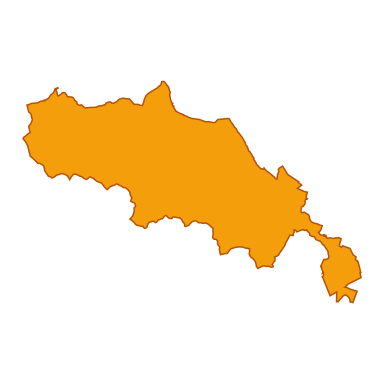 Garcina, Neamt, Romania (orthographic projection)
{"feature_id": "2599482B24774120004801", "entity_name": "Garcina", "entity_type": "district", "adm_level": 2, "iso_a3": "ROU", "parent_name": "Romania", "parent_adm1": "Neamt", "projection": "orthographic", "projection_center": [26.305, 47.002], "detail": "fine", "context": "isolated", "style": "filled", "palette": "amber", "viewbox_px": 384, "rotation_deg": 0, "n_neighbors": 0, "source": "geoboundaries", "source_scale": "gbopen_adm2", "svg_char_len": 5988}
<svg xmlns="http://www.w3.org/2000/svg" viewBox="0 0 384 384"><path d="M341.2,238.9L338.8,237.6L338.7,237.9L336.3,237.8L333.8,238.4L329.6,237.9L327.5,238.2L327.0,238.0L325.9,235.4L324.9,235.3L324.4,234.6L323.9,234.7L324.7,236.3L319.7,234.3L319.4,233.4L318.4,232.3L319.2,231.9L320.7,230.2L322.3,225.7L319.8,225.1L317.9,224.0L313.7,223.1L312.5,222.4L311.2,221.5L310.3,220.4L309.5,218.0L309.4,216.3L308.1,214.4L306.2,213.5L305.7,212.9L304.6,212.3L303.5,212.2L302.1,212.8L301.1,212.1L301.0,209.8L301.5,207.3L302.6,206.0L303.2,206.2L304.6,204.5L304.9,204.0L305.3,200.0L305.6,199.6L307.2,199.1L307.4,198.6L306.1,198.3L306.5,194.6L306.8,194.6L307.3,192.2L304.5,191.6L297.4,188.5L301.7,185.1L298.5,182.5L298.0,181.9L298.4,181.6L298.1,181.4L287.8,174.6L282.6,166.1L279.2,168.2L278.3,169.5L278.7,171.4L278.2,172.7L278.0,174.3L277.4,174.8L277.4,176.4L276.8,179.2L275.2,178.3L274.0,176.8L269.0,172.6L267.0,171.4L266.1,170.4L265.0,169.5L264.6,168.5L264.1,168.0L263.9,168.9L263.3,169.3L262.0,168.8L261.2,168.9L259.8,167.8L258.4,166.1L256.4,164.3L255.9,162.5L255.2,161.9L254.6,160.4L253.8,159.7L253.9,158.2L253.5,157.3L252.3,156.3L251.8,154.7L250.3,152.6L250.2,152.0L249.1,151.3L248.4,150.0L247.3,146.6L245.7,144.8L245.5,143.3L242.4,137.7L239.2,133.4L238.3,132.3L237.5,131.8L236.6,129.5L235.9,128.5L234.2,126.9L232.8,124.2L231.2,122.4L229.3,118.8L227.7,118.5L218.2,119.5L217.2,120.1L215.5,122.1L214.0,122.7L208.9,121.7L205.8,121.8L199.3,119.5L191.4,118.4L187.4,116.8L186.7,116.2L183.8,115.4L184.0,115.0L183.6,114.7L179.6,113.2L177.1,111.8L175.8,111.0L174.6,108.7L173.3,107.0L173.9,106.2L172.6,105.5L172.1,104.8L172.8,103.4L171.6,102.5L170.5,99.4L169.6,94.6L170.3,92.4L169.4,90.4L168.6,87.1L167.0,85.2L164.9,82.2L163.7,81.4L162.8,81.4L161.7,81.7L160.9,84.8L158.6,86.5L157.4,87.9L150.2,92.2L148.2,93.5L146.3,95.3L144.4,99.0L143.8,101.7L142.5,105.4L139.8,105.2L138.3,104.4L134.2,104.3L129.5,99.0L125.3,98.6L123.6,98.2L122.1,98.3L120.8,99.0L119.4,99.1L118.0,100.2L116.9,101.5L113.3,103.3L111.6,103.1L111.3,102.5L110.4,101.9L108.3,102.1L106.0,103.2L105.1,104.8L102.7,105.3L101.2,105.9L98.6,106.0L96.7,107.1L94.0,107.4L90.4,107.4L85.1,108.0L81.3,104.8L80.0,105.3L78.2,104.8L76.8,103.6L76.9,101.9L74.7,100.4L73.2,97.7L71.5,97.0L67.8,96.8L67.2,96.3L66.3,94.5L64.9,92.7L62.4,92.7L60.3,94.8L58.1,96.0L57.0,93.8L57.1,92.4L56.2,91.1L56.0,90.4L56.4,89.2L58.2,88.1L58.1,87.8L55.3,88.6L55.0,89.0L54.2,91.3L53.2,93.0L50.6,95.0L49.2,97.5L47.7,98.9L46.2,99.4L45.1,100.6L44.5,100.5L44.1,100.1L43.6,100.8L40.4,101.4L37.6,102.9L31.4,103.4L28.4,104.9L27.0,105.0L28.7,111.9L30.3,113.2L31.1,114.4L31.3,115.1L31.5,116.7L32.4,119.8L30.8,123.6L28.9,125.9L28.9,127.7L30.2,132.5L28.3,133.6L25.5,136.1L24.0,137.0L23.0,138.6L25.4,141.6L27.1,144.6L27.9,146.7L30.3,156.3L32.9,158.3L37.9,163.3L40.0,163.5L42.7,165.0L43.8,166.1L44.9,171.2L46.0,172.4L46.5,173.7L47.3,174.4L48.2,176.1L50.7,176.9L52.0,178.0L54.4,176.9L56.8,175.0L58.8,174.6L61.0,173.7L63.1,173.8L66.9,175.3L68.9,178.1L69.7,179.7L71.2,177.0L73.3,174.4L75.1,174.1L78.4,175.3L79.7,176.1L82.2,176.8L83.7,178.3L86.3,179.4L87.7,178.8L89.5,177.0L90.4,176.8L91.3,177.5L93.5,178.3L95.5,180.3L97.3,181.5L101.5,183.1L104.5,187.0L106.3,189.0L107.1,189.6L107.5,189.6L109.4,187.3L112.9,185.5L114.0,185.5L116.2,183.9L117.9,184.3L119.4,185.4L121.2,186.0L123.1,187.3L124.4,187.7L125.5,187.7L128.3,190.1L129.9,192.3L130.1,194.5L130.6,195.3L130.6,195.8L131.8,197.5L130.8,200.8L130.8,201.3L132.6,202.3L133.6,202.5L134.6,203.3L135.0,203.9L135.6,205.7L135.3,206.6L134.0,208.0L134.3,209.7L134.1,211.5L132.8,215.7L131.9,217.0L129.9,219.1L131.6,220.2L134.2,222.6L135.3,224.1L137.1,225.3L141.0,226.2L142.8,226.2L143.1,226.4L143.3,227.3L144.3,228.1L144.8,228.3L146.0,228.0L147.1,226.8L147.0,226.3L148.3,223.3L149.8,222.1L151.2,221.9L153.0,221.1L155.7,222.6L157.1,221.6L158.1,220.1L159.7,219.7L160.4,219.1L162.4,218.7L165.0,215.6L166.3,215.7L168.7,218.0L171.1,218.7L172.2,218.2L172.3,217.5L173.2,216.9L179.0,217.9L179.6,217.7L182.0,220.0L182.7,221.9L184.3,223.5L184.9,226.3L185.4,226.6L187.7,225.6L188.9,225.4L189.3,224.6L191.7,222.1L192.8,221.4L195.0,220.8L195.9,220.8L196.8,221.2L197.0,221.6L198.8,222.8L201.0,222.8L203.0,223.3L206.0,223.0L208.5,224.4L212.9,228.2L212.7,228.5L213.1,229.5L212.9,232.1L213.3,234.1L212.6,237.3L213.3,238.7L214.3,239.2L216.3,239.4L217.5,240.8L217.6,244.3L219.6,247.0L219.7,247.7L219.3,249.3L219.8,251.9L220.3,253.5L220.2,254.1L220.5,254.7L224.7,253.6L226.7,253.7L228.1,252.5L229.1,250.7L231.2,248.7L235.1,247.5L238.2,246.9L242.6,247.0L245.1,248.0L249.4,248.7L249.6,249.0L249.4,249.6L249.5,250.3L249.8,250.7L249.3,252.2L249.3,254.7L250.3,256.0L250.3,256.6L253.3,259.0L255.4,261.8L256.1,264.4L256.3,266.2L258.0,268.5L258.9,267.8L263.9,265.7L266.1,266.4L268.5,266.2L271.0,267.2L272.9,267.0L273.2,266.6L273.0,265.6L272.1,264.5L274.3,261.4L274.8,261.2L275.1,259.1L274.6,256.9L277.4,255.9L278.9,254.6L279.1,253.8L285.0,245.3L285.3,244.6L285.0,244.4L285.1,244.0L290.1,235.0L293.1,235.6L293.6,233.0L294.4,231.9L293.8,230.0L294.3,229.8L295.9,230.5L296.8,231.9L302.0,229.8L303.3,229.7L303.3,230.0L305.3,230.5L306.7,229.8L306.8,230.4L307.3,231.2L309.5,233.1L309.8,235.2L310.7,235.5L311.9,236.4L314.2,236.7L315.1,237.8L315.3,238.6L315.8,239.4L317.6,240.4L320.5,241.3L322.5,244.3L324.6,246.0L326.1,248.7L326.7,249.1L328.1,251.8L328.2,254.5L328.9,256.3L328.3,258.4L326.8,259.2L325.9,259.2L325.1,259.8L324.2,259.3L323.6,260.1L320.8,266.1L320.8,266.4L321.4,266.3L321.3,267.8L322.8,271.7L322.8,272.3L322.5,273.2L323.4,272.6L323.5,272.8L323.6,274.4L323.3,275.8L322.2,276.8L323.3,278.8L330.1,295.8L336.7,292.0L336.5,301.7L338.3,301.7L339.5,300.0L341.7,297.8L342.8,296.2L345.1,294.9L345.7,295.0L347.7,296.3L349.6,298.6L349.9,300.8L350.4,302.2L351.7,302.0L352.9,302.6L357.1,291.2L350.5,289.3L346.1,287.2L344.9,287.2L347.8,284.3L361.0,277.6L360.0,272.8L360.8,272.5L358.3,262.6L357.7,261.0L356.4,260.5L355.3,259.2L356.1,257.0L352.9,254.6L352.5,253.3L351.7,252.1L350.0,248.4L342.5,245.8L341.5,247.4L339.4,245.8L339.6,244.1L341.2,238.9Z" fill="#f59e0b" stroke="#b45309" stroke-width="1.5"/></svg>